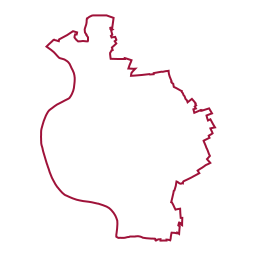 Khoai Chau, Hưng Yên, Vietnam (Robinson projection)
{"feature_id": "81297802B59998896925567", "entity_name": "Khoai Chau", "entity_type": "district", "adm_level": 2, "iso_a3": "VNM", "parent_name": "Vietnam", "parent_adm1": "Hưng Yên", "projection": "robinson", "projection_center": [105.98, 20.831], "detail": "fine", "context": "isolated", "style": "outline", "palette": "rose", "viewbox_px": 256, "rotation_deg": 0, "n_neighbors": 0, "source": "geoboundaries", "source_scale": "gbopen_adm2", "svg_char_len": 5223}
<svg xmlns="http://www.w3.org/2000/svg" viewBox="0 0 256 256"><path d="M210.4,119.3L208.0,120.5L207.2,118.2L206.5,115.5L210.3,114.0L212.0,113.4L209.1,108.4L204.0,110.0L201.9,110.7L201.7,110.2L200.8,110.6L200.6,110.1L197.0,111.7L194.3,112.8L193.4,109.3L195.9,108.5L194.7,106.6L196.1,105.4L195.5,104.8L195.7,104.5L195.3,103.6L195.6,103.3L195.4,103.0L194.0,101.3L191.9,98.9L187.6,102.3L187.1,100.9L186.8,100.2L186.3,99.6L185.9,99.4L185.6,99.0L185.4,98.7L185.2,98.1L185.1,97.6L184.8,96.9L184.5,96.2L184.1,95.7L183.7,95.3L183.5,95.0L183.3,94.6L183.2,94.2L183.1,93.8L182.9,93.4L182.6,92.9L182.2,92.5L181.9,92.1L181.8,91.8L181.8,91.3L181.8,91.0L180.9,90.7L180.2,90.3L178.8,89.5L176.1,88.0L173.8,86.9L173.2,83.7L172.8,83.5L172.2,83.1L171.9,82.8L171.4,82.3L171.2,81.8L171.6,81.3L169.7,76.6L169.0,74.2L168.7,72.5L168.6,70.8L167.5,71.0L166.2,71.1L164.6,71.4L163.3,71.7L162.3,71.8L161.5,71.7L153.7,73.1L153.7,74.2L149.9,74.5L149.5,74.1L141.6,75.0L134.4,75.6L131.0,75.8L131.2,74.1L131.5,72.9L132.7,71.4L135.3,68.7L133.6,68.8L128.4,68.5L129.6,65.0L131.0,61.7L131.5,60.2L125.3,58.2L124.8,58.1L124.9,59.0L124.3,59.0L118.0,59.0L110.7,58.8L110.5,57.7L110.3,55.8L110.1,54.3L110.1,52.9L111.2,51.2L111.5,50.4L112.3,50.3L112.7,50.1L111.9,47.5L112.8,46.7L114.5,45.2L116.3,43.5L114.7,41.2L116.3,40.0L116.3,39.5L115.9,38.7L115.2,36.9L112.4,37.3L111.6,37.5L110.9,35.9L112.3,34.7L111.1,30.3L112.5,29.5L111.6,29.0L111.0,28.9L110.4,28.9L110.3,27.8L111.0,27.6L111.7,27.8L112.2,28.0L113.6,17.9L112.0,17.3L109.9,16.6L106.6,15.4L96.4,15.4L93.1,15.4L91.9,15.6L89.4,16.8L87.9,17.9L87.3,18.2L87.3,18.6L86.9,18.7L86.7,19.8L86.6,22.4L86.5,22.6L86.4,23.6L86.1,24.8L85.8,25.7L85.0,28.1L84.7,29.3L84.7,29.9L84.8,30.7L84.9,31.8L85.0,32.5L86.5,34.6L86.3,34.9L88.0,37.3L88.0,39.4L88.0,40.7L87.7,41.3L85.9,41.3L84.1,41.1L82.9,41.0L80.4,41.3L78.1,41.4L76.2,39.7L74.5,37.5L74.6,36.1L75.2,34.3L76.6,34.5L76.9,33.6L77.1,32.4L74.4,31.6L73.0,31.2L67.1,35.1L59.1,39.4L58.8,41.2L58.1,41.0L56.5,40.5L54.4,40.0L54.1,39.7L53.5,39.9L52.2,41.2L48.6,44.5L46.5,46.6L51.1,49.9L53.8,52.1L55.5,53.9L57.0,55.6L59.0,57.7L60.0,58.2L61.5,58.6L62.9,59.0L64.5,59.5L67.0,61.1L68.2,62.1L69.6,63.9L70.5,65.8L71.6,68.2L72.5,69.9L72.7,70.3L73.8,72.9L74.4,75.4L74.6,77.2L74.7,77.6L74.7,79.6L74.6,81.8L74.4,83.7L74.2,85.4L73.9,88.0L73.2,90.8L71.9,94.0L70.8,96.0L69.5,97.9L68.6,98.6L64.6,100.6L62.2,101.9L59.1,103.5L57.1,104.5L54.6,106.2L52.1,108.1L51.6,108.5L51.1,108.8L49.1,110.4L48.0,111.8L46.9,113.7L45.9,115.6L44.7,118.6L43.7,121.1L43.5,121.8L42.6,124.8L41.5,128.8L41.2,130.4L41.1,132.2L41.1,133.7L41.1,134.6L41.1,135.0L41.0,136.6L41.1,138.9L41.1,140.3L41.2,141.8L41.2,142.0L41.2,142.9L41.3,143.8L41.6,145.3L42.0,146.5L42.5,148.3L42.8,149.8L43.1,151.1L43.5,152.5L45.9,160.6L46.8,163.6L47.2,164.6L47.7,166.2L48.1,167.4L48.5,168.4L49.7,172.2L51.9,177.7L53.2,180.2L55.6,184.6L55.8,184.8L57.1,186.8L58.0,187.8L58.7,188.7L60.3,190.6L62.3,192.8L64.2,194.4L64.4,194.6L65.4,195.2L65.6,195.3L66.2,195.5L69.7,197.1L72.8,198.4L76.6,199.7L79.6,200.4L83.3,201.1L89.0,201.8L91.9,202.3L96.3,203.3L97.6,203.6L98.1,203.6L103.0,205.2L106.6,206.6L109.0,208.0L110.4,209.2L111.5,210.3L113.7,213.0L115.3,215.6L116.1,217.4L116.6,218.7L117.3,220.8L117.3,221.2L117.4,223.9L117.1,228.6L116.6,232.8L116.3,234.8L116.3,236.2L116.3,236.7L117.6,237.5L118.5,237.9L120.1,237.8L122.5,237.9L124.7,237.8L127.5,237.1L128.9,237.0L129.8,236.6L130.6,236.5L135.2,236.5L135.8,236.3L136.6,236.3L137.8,236.2L138.8,236.3L140.3,236.6L141.7,237.1L142.8,237.7L146.2,238.2L148.6,238.4L151.3,238.6L152.5,238.6L154.2,238.7L154.9,238.7L155.2,238.8L155.4,239.0L155.4,239.4L155.5,239.8L155.4,240.1L155.5,240.3L155.7,240.5L155.9,240.5L156.4,240.4L157.4,239.7L158.5,239.3L159.6,239.3L160.5,239.2L160.5,240.6L166.0,240.5L166.5,240.5L166.5,239.6L168.0,239.7L169.1,240.0L170.2,240.3L170.5,239.2L170.7,238.1L170.8,236.8L171.0,235.8L171.2,234.5L171.4,233.5L171.4,233.4L171.6,232.7L172.1,232.7L173.3,232.8L174.3,232.8L175.2,233.0L177.0,233.3L177.2,232.6L179.1,233.9L179.3,230.9L179.7,226.4L178.3,225.4L178.7,223.9L179.1,222.5L179.3,222.5L180.0,222.9L180.4,223.0L180.2,224.1L182.1,225.2L182.1,223.8L182.1,223.2L182.2,220.7L182.3,217.9L180.7,217.9L180.6,216.9L180.5,215.4L180.3,213.0L180.2,210.5L180.1,208.7L177.7,209.1L176.7,209.3L175.9,209.5L175.5,209.6L174.4,207.4L173.2,204.8L171.9,202.4L171.2,202.2L171.9,199.4L172.7,196.0L173.4,193.0L173.7,191.1L173.8,190.8L174.1,190.6L174.4,190.5L175.8,185.8L176.3,182.5L176.5,181.5L177.5,181.9L178.7,182.8L179.2,183.2L179.8,183.5L180.2,183.6L180.6,183.7L181.0,183.6L181.3,183.6L181.6,183.4L181.9,183.2L182.3,183.2L182.9,183.4L183.0,182.7L183.1,181.9L183.2,181.7L183.4,181.4L184.1,181.0L186.9,179.7L190.6,177.9L199.3,173.2L197.6,170.6L198.6,169.9L200.4,168.7L201.3,168.2L201.8,167.9L202.7,167.3L203.7,166.6L204.6,166.0L205.3,165.4L205.8,165.1L206.4,164.8L207.3,164.4L208.4,163.9L209.4,163.4L210.3,162.9L209.8,162.3L208.9,161.3L207.6,159.9L207.0,159.1L207.5,158.6L209.9,155.9L208.9,153.9L208.3,152.2L207.8,150.8L206.9,148.7L206.4,147.8L205.7,145.8L203.7,141.1L203.6,140.7L205.0,140.0L209.5,137.8L208.7,135.7L209.7,135.1L210.8,134.5L212.1,133.7L212.6,133.3L212.0,131.8L211.3,130.3L210.7,129.2L210.4,128.4L210.8,128.3L212.9,127.8L215.0,127.4L213.0,124.1L210.4,119.3Z" fill="none" stroke="#9f1239" stroke-width="2"/></svg>